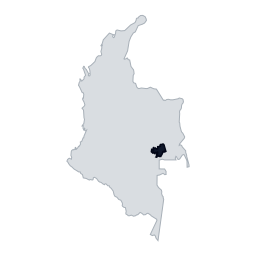 Morichal (Morichal Nuevo), Guainía, Colombia shown in context
{"feature_id": "7082276B96401380433737", "entity_name": "Morichal (Morichal Nuevo)", "entity_type": "district", "adm_level": 2, "iso_a3": "COL", "parent_name": "Colombia", "parent_adm1": "Guainía", "projection": "equal_earth", "projection_center": [-69.908, 2.404], "detail": "fine", "context": "in_parent", "style": "filled", "palette": "ink", "viewbox_px": 256, "rotation_deg": 0, "n_neighbors": 0, "source": "geoboundaries", "source_scale": "gbopen_adm2", "svg_char_len": 6546}
<svg xmlns="http://www.w3.org/2000/svg" viewBox="0 0 256 256"><path d="M144.6,23.0L142.4,24.2L138.2,25.6L135.3,31.9L133.3,33.0L130.9,36.8L129.1,41.4L127.6,50.8L124.0,58.9L124.3,59.2L125.8,58.9L127.1,58.0L127.6,58.2L128.1,59.6L129.7,60.0L131.0,66.5L133.5,69.8L133.8,71.1L134.1,73.8L133.2,75.4L132.9,81.4L133.7,82.8L135.6,83.4L136.8,87.1L137.6,88.0L138.7,88.6L141.4,88.0L146.4,88.6L147.5,88.5L150.3,87.2L153.8,88.8L156.4,89.1L163.4,100.3L164.1,100.0L165.0,100.6L166.8,99.5L168.4,99.3L170.4,99.8L173.0,99.8L178.4,98.7L179.2,98.0L182.1,98.7L183.0,99.5L183.4,101.6L183.1,102.9L182.0,104.2L181.5,105.9L181.4,107.9L180.8,109.4L179.9,110.4L179.5,111.8L179.7,113.7L179.2,122.2L179.7,122.9L180.0,126.3L181.2,130.9L181.8,132.2L182.8,133.2L184.7,136.9L184.3,138.2L179.5,144.0L179.2,145.4L180.2,144.8L181.6,145.4L182.2,146.8L185.7,150.8L185.7,152.4L186.7,155.4L186.6,156.1L189.0,164.8L189.1,166.7L187.1,167.2L187.0,161.3L186.7,160.1L184.3,155.0L183.8,154.5L182.3,155.1L179.7,159.0L178.5,159.5L177.5,159.0L176.5,156.7L175.9,156.3L175.2,158.2L176.0,159.9L164.5,159.9L162.3,159.2L159.2,160.1L159.2,168.9L164.6,169.0L166.1,171.5L166.0,173.6L166.2,174.3L164.9,174.7L163.0,173.3L159.6,175.0L157.1,175.4L157.0,185.1L158.5,187.5L161.4,190.1L161.8,191.9L161.6,193.6L162.3,195.7L163.2,196.8L163.2,198.0L163.7,199.4L158.0,240.6L156.0,238.1L155.3,235.9L154.3,234.9L152.4,235.6L150.3,234.5L156.9,220.5L156.7,219.3L151.2,215.8L150.6,215.0L147.9,213.2L146.5,213.7L145.7,214.6L143.6,214.9L142.0,213.4L140.1,212.4L137.7,214.8L137.0,214.7L135.4,215.8L133.6,216.2L131.3,215.1L129.4,215.8L128.1,215.7L127.6,215.0L126.0,214.1L125.8,213.2L126.2,211.4L125.5,208.0L125.3,207.5L124.0,207.4L122.5,206.2L122.2,205.5L122.5,204.1L122.3,202.9L120.8,200.2L118.8,199.5L116.9,197.2L115.0,196.4L114.1,194.8L113.2,191.1L111.2,188.3L109.8,187.3L109.4,185.9L107.9,185.8L106.0,183.9L105.1,183.8L104.5,184.7L102.7,183.8L101.2,182.4L99.6,182.0L98.5,181.2L96.6,178.5L94.6,177.3L93.4,177.7L93.0,179.7L92.3,180.0L90.0,179.5L89.6,180.0L89.0,179.9L86.1,178.4L83.3,177.9L82.5,174.6L80.7,173.4L80.2,171.9L78.9,172.0L74.0,169.0L72.0,167.0L70.3,165.8L68.5,163.5L68.2,162.6L66.9,161.2L67.6,159.5L69.2,158.2L71.4,159.2L71.7,157.2L70.9,155.4L71.3,151.3L71.8,150.4L73.0,149.6L73.8,149.9L74.2,149.2L76.0,149.5L76.5,149.2L77.9,147.6L78.5,146.3L79.1,146.4L80.5,144.2L80.3,142.0L81.7,141.5L83.1,137.9L83.7,137.8L84.0,136.1L86.5,130.2L85.6,130.9L84.7,130.5L84.8,128.5L84.5,128.2L83.7,129.8L83.0,128.2L83.2,125.7L82.1,126.1L82.2,125.6L83.8,123.6L84.5,119.3L84.0,117.7L83.6,111.1L83.4,109.9L82.0,108.2L84.1,106.3L84.9,104.9L84.0,102.0L82.7,99.6L82.7,98.1L83.4,98.2L83.8,94.2L83.1,92.6L82.2,92.6L79.4,86.6L78.5,85.3L79.2,82.5L80.1,81.2L79.9,79.0L80.5,79.1L81.7,81.1L82.1,80.8L84.0,78.9L84.1,77.2L85.6,75.3L83.5,69.2L82.8,68.2L83.7,66.3L84.2,66.4L85.0,68.3L86.3,69.5L88.2,73.0L89.1,73.7L88.5,74.5L88.3,75.3L88.6,75.8L89.7,75.9L90.2,74.9L89.9,70.8L89.4,68.7L88.4,67.2L88.7,66.6L90.7,65.6L94.9,61.6L96.3,57.9L97.4,56.5L98.7,55.7L100.1,55.9L101.3,55.4L101.7,54.2L100.9,51.6L101.8,48.1L101.8,46.3L102.4,45.2L102.2,44.8L100.7,46.1L102.2,43.6L103.3,39.8L109.4,33.1L113.3,34.7L114.5,34.6L112.9,35.4L112.6,36.4L113.2,37.4L113.8,37.7L114.3,37.1L115.6,33.2L115.8,31.0L116.4,30.3L117.2,30.0L121.0,30.9L124.7,30.6L130.6,25.0L135.0,22.6L136.1,20.3L136.4,18.6L137.2,18.0L138.1,18.0L138.6,17.0L140.6,15.5L142.8,15.4L145.1,16.7L146.2,19.0L146.4,20.5L144.6,23.0ZM76.1,148.8L75.8,149.1L75.3,148.5L75.1,147.9L75.4,147.4L75.8,147.5L76.1,148.8Z" fill="#d9dde1" stroke="#a8b0b8" stroke-width="1"/><path d="M163.6,144.4L163.5,144.2L163.0,144.0L162.9,144.1L162.7,144.1L162.4,144.4L162.2,144.4L162.0,144.5L161.9,144.5L161.6,144.5L161.5,144.4L161.2,144.4L160.8,144.4L160.6,144.5L160.4,144.6L160.1,145.2L160.0,145.3L160.0,145.5L160.2,145.8L160.3,146.0L160.2,146.1L160.3,146.2L160.3,146.3L160.2,146.3L159.9,146.4L159.7,146.4L159.5,146.5L159.5,146.4L159.2,146.6L158.8,146.6L158.7,146.6L158.4,146.6L158.2,146.6L157.8,146.7L157.7,146.7L157.7,148.9L157.4,148.9L157.2,148.9L157.0,149.0L157.0,148.9L157.0,149.0L157.0,148.9L156.9,149.0L156.7,149.0L156.4,149.0L156.2,148.9L156.2,148.6L155.9,148.4L155.7,148.4L155.3,148.0L155.1,148.2L155.0,148.3L154.9,148.4L154.7,148.4L154.6,148.5L154.5,148.4L154.2,148.2L153.8,147.9L153.8,147.7L153.6,147.6L153.6,147.3L153.5,147.2L153.4,147.0L153.4,149.3L153.3,149.5L153.4,149.8L153.1,149.7L152.9,149.8L152.7,149.7L152.6,149.4L152.3,149.2L152.0,149.1L151.8,149.0L151.7,149.0L151.6,148.8L151.6,148.7L151.6,149.2L151.7,149.5L151.8,149.8L151.7,150.0L151.6,150.3L151.5,150.5L151.5,151.0L151.3,151.3L151.3,151.5L151.3,151.8L151.3,151.7L151.4,151.9L151.5,152.0L151.8,152.1L152.0,152.2L152.4,152.5L152.5,152.4L152.6,152.5L152.8,152.7L152.7,152.7L152.5,152.8L152.7,153.0L152.8,152.9L153.0,153.0L153.1,152.8L153.0,152.7L153.3,152.6L153.5,152.5L153.8,152.8L154.0,152.9L154.3,153.0L154.5,153.3L154.7,153.0L154.7,152.9L154.6,152.7L154.9,152.9L155.0,152.8L155.1,152.7L155.3,152.6L155.2,152.7L155.2,152.8L155.4,152.9L155.5,152.9L155.6,153.0L155.6,152.8L155.7,153.0L155.8,153.0L155.9,152.9L155.7,152.7L155.8,152.7L155.9,152.9L156.0,152.8L156.1,152.5L156.3,152.7L156.1,152.5L156.2,152.4L156.5,152.5L156.8,152.6L157.0,152.4L157.0,152.1L157.1,152.3L157.3,152.4L157.3,152.5L157.4,152.4L157.4,152.6L157.5,152.6L157.4,152.8L157.7,153.1L157.7,153.3L157.6,153.5L157.4,153.6L157.4,153.8L157.4,154.0L157.3,153.9L157.3,154.0L157.2,153.9L157.2,154.0L156.9,154.2L156.9,154.3L156.7,154.4L156.8,154.5L156.7,154.5L156.5,154.8L156.6,155.1L156.5,155.3L156.5,155.7L156.5,155.9L156.5,156.0L156.4,156.2L156.3,156.4L156.3,156.5L156.3,156.8L156.1,156.9L156.0,157.0L156.5,157.2L156.8,157.2L157.0,156.6L157.1,156.3L157.3,156.3L157.8,156.0L158.3,155.9L158.6,156.2L158.9,156.2L159.1,156.2L159.2,156.3L159.3,156.3L159.5,156.3L159.7,156.5L159.9,156.4L160.0,156.5L160.3,156.5L160.4,156.4L160.5,156.4L160.7,156.2L160.9,156.3L161.0,156.1L161.1,155.8L161.1,155.6L161.2,155.4L161.2,155.2L161.3,155.2L161.6,155.0L161.6,154.9L161.8,154.5L161.9,154.4L162.0,154.3L162.0,154.2L162.2,153.9L162.3,153.7L162.4,153.4L162.5,153.2L162.6,152.8L162.6,152.7L162.8,152.4L162.7,152.4L162.8,152.2L162.8,151.9L162.8,151.7L163.0,151.6L163.3,151.5L163.4,151.4L163.5,151.4L163.6,151.5L163.8,151.5L163.9,151.8L164.0,151.9L164.1,152.0L164.2,151.9L164.2,152.0L164.3,152.0L164.2,152.0L164.2,151.9L164.3,151.9L164.6,151.8L164.8,151.8L164.8,151.7L165.0,151.6L164.9,151.5L165.1,151.5L165.1,151.4L165.3,151.4L165.3,151.5L165.3,151.3L165.6,151.3L165.6,151.1L165.8,151.1L164.2,145.6L164.2,145.3L164.2,145.2L163.8,144.7L163.6,144.5L163.6,144.4Z" fill="#0f172a" stroke="#020617" stroke-width="1.5"/></svg>